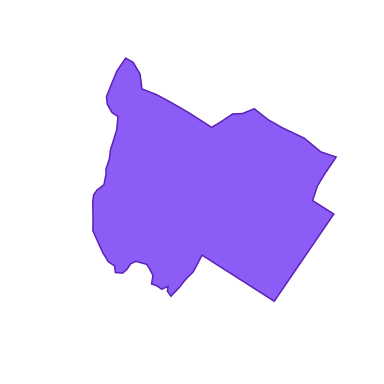 the district of Darganata, Chardzhou, Turkmenistan, rotated 214°
{"feature_id": "10190150B50164786179090", "entity_name": "Darganata", "entity_type": "district", "adm_level": 2, "iso_a3": "TKM", "parent_name": "Turkmenistan", "parent_adm1": "Chardzhou", "projection": "mercator", "projection_center": [61.431, 40.609], "detail": "fine", "context": "isolated", "style": "filled", "palette": "violet", "viewbox_px": 384, "rotation_deg": 214, "n_neighbors": 0, "source": "geoboundaries", "source_scale": "gbopen_adm2", "svg_char_len": 1156}
<svg xmlns="http://www.w3.org/2000/svg" viewBox="0 0 384 384"><g transform="rotate(214 192 192)"><path d="M151.4,93.9L151.2,93.8L149.1,106.0L148.4,116.0L146.8,124.0L146.3,126.7L146.8,131.0L147.1,134.4L148.4,145.2L147.0,145.3L62.7,147.4L62.1,253.0L87.2,252.3L91.4,267.2L92.1,281.5L92.0,301.6L99.6,299.5L107.7,297.3L126.9,299.2L128.4,299.4L129.1,299.4L133.0,298.8L152.0,295.9L156.4,295.5L169.1,294.5L183.7,295.6L186.6,295.9L186.9,295.9L194.1,285.2L201.9,279.5L206.3,268.9L206.9,267.3L211.9,256.6L212.0,256.6L239.8,255.9L259.8,254.5L274.8,253.0L275.6,252.9L291.2,249.5L295.5,254.5L299.8,259.4L301.2,260.9L302.1,261.3L311.5,265.7L313.3,266.6L321.9,265.9L321.9,265.5L321.9,250.2L319.0,235.9L316.2,223.1L311.2,217.3L302.6,213.1L295.5,213.1L289.0,200.9L286.2,191.6L283.3,181.6L279.0,173.1L276.2,163.1L273.3,158.8L269.1,148.8L271.9,140.2L271.9,134.5L269.1,128.8L259.1,114.5L252.6,104.5L241.2,97.4L231.9,91.7L226.9,89.5L222.6,87.4L214.8,87.4L210.5,82.4L204.1,86.0L202.7,91.0L202.7,98.1L199.8,103.1L189.1,106.7L184.1,104.5L177.7,101.0L174.1,93.1L169.1,94.5L162.7,94.5L159.1,100.3L157.0,96.0L151.4,93.9Z" fill="#8b5cf6" stroke="#5b21b6" stroke-width="1.5"/></g></svg>